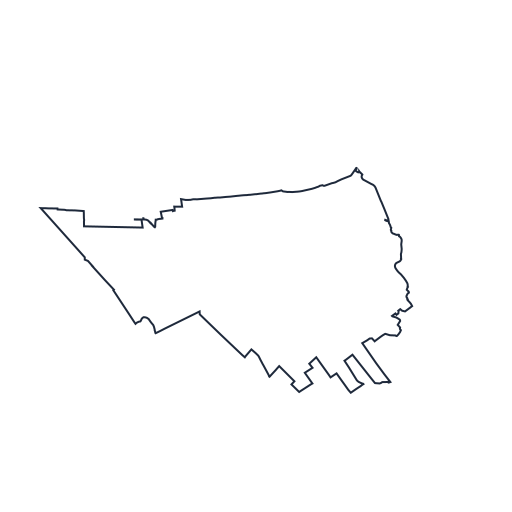 the district of Corbu, Constanta, Romania, rotated 226°
{"feature_id": "2599482B13126343375906", "entity_name": "Corbu", "entity_type": "district", "adm_level": 2, "iso_a3": "ROU", "parent_name": "Romania", "parent_adm1": "Constanta", "projection": "robinson", "projection_center": [28.674, 44.419], "detail": "fine", "context": "isolated", "style": "outline", "palette": "slate", "viewbox_px": 512, "rotation_deg": 226, "n_neighbors": 0, "source": "geoboundaries", "source_scale": "gbopen_adm2", "svg_char_len": 5978}
<svg xmlns="http://www.w3.org/2000/svg" viewBox="0 0 512 512"><g transform="rotate(226 256 256)"><path d="M95.6,229.4L91.8,229.2L90.7,235.9L89.7,241.1L89.5,243.5L89.0,244.6L88.9,245.0L89.2,244.6L89.9,244.1L92.2,243.1L94.1,242.4L95.5,242.2L96.0,242.2L96.6,242.2L110.8,245.3L110.7,245.3L119.2,246.9L118.9,248.6L118.4,252.9L118.0,256.7L118.0,256.8L117.8,256.8L90.5,254.1L82.0,253.3L81.8,253.4L78.4,256.4L77.8,257.9L77.6,259.2L76.6,260.3L76.4,260.5L75.0,262.0L74.6,262.5L73.9,263.0L73.8,263.6L72.8,263.5L72.5,264.0L72.0,265.1L82.1,266.2L95.6,268.0L119.5,271.9L118.2,277.1L118.0,278.3L117.7,280.4L116.2,282.2L112.2,282.1L112.2,282.5L111.3,289.7L110.9,292.2L110.3,294.7L110.1,295.0L106.1,297.2L104.8,298.4L102.2,300.9L102.0,301.1L101.1,301.3L100.9,301.5L100.7,301.6L100.6,301.9L100.7,304.1L101.2,306.8L102.0,308.7L103.0,308.7L103.7,309.0L104.2,309.5L104.5,310.0L108.0,310.1L109.1,314.5L109.6,314.9L110.3,315.2L113.0,314.6L114.7,314.0L117.8,312.2L118.4,312.2L117.8,316.4L116.1,316.2L115.8,318.5L117.2,320.2L117.8,320.3L117.6,322.8L115.1,323.1L112.6,324.7L111.5,333.5L113.9,334.2L114.7,334.3L116.2,334.4L118.5,334.4L119.3,334.5L119.3,335.0L119.6,335.1L120.0,335.2L120.4,335.3L120.8,335.4L120.9,335.6L121.4,335.6L122.0,335.8L122.4,336.2L122.6,336.3L122.8,336.7L123.5,338.6L123.6,339.6L123.4,340.1L123.4,340.4L123.6,340.7L124.1,341.0L124.7,341.1L125.0,341.1L125.5,341.0L127.0,341.0L127.4,341.7L127.9,342.7L128.2,343.8L128.7,343.8L129.3,344.6L129.9,345.1L130.8,345.7L131.5,346.0L133.9,346.6L137.6,347.2L140.7,347.4L141.9,347.5L144.8,347.3L145.3,347.3L145.7,347.3L147.3,347.4L149.8,347.8L150.6,348.0L151.1,348.2L151.6,348.5L152.1,348.8L152.5,349.2L152.8,349.6L153.1,350.1L153.3,350.6L153.4,351.2L153.5,351.6L153.4,352.1L153.3,352.7L152.9,353.9L152.4,355.4L152.3,356.2L152.4,357.0L152.9,358.4L153.5,358.5L153.8,358.9L154.2,359.4L156.3,361.2L156.8,361.7L157.7,363.2L158.8,364.5L159.4,365.2L160.0,365.8L163.2,368.3L163.7,368.8L165.5,371.1L166.1,371.7L166.6,372.1L167.4,372.5L168.1,372.7L169.5,372.9L170.4,372.8L170.8,372.6L171.8,373.4L172.4,373.0L172.5,373.1L172.7,372.9L173.4,371.9L173.8,371.7L174.1,371.5L174.8,371.2L175.4,370.9L175.8,370.8L176.5,370.4L177.1,370.1L177.8,370.0L178.8,370.0L179.2,370.1L179.4,370.2L179.8,370.8L179.5,371.1L180.0,370.7L180.3,371.0L180.9,371.0L181.3,371.3L182.0,372.4L182.3,372.9L183.4,373.0L184.0,373.4L185.0,373.9L186.3,374.3L187.1,374.4L188.6,375.5L190.6,374.3L191.3,374.0L192.0,373.8L192.2,374.1L191.5,374.4L189.3,375.9L190.8,377.0L193.8,378.2L200.7,381.0L207.8,383.8L208.9,384.1L222.0,389.4L222.3,389.5L222.7,389.6L223.7,389.8L224.2,389.8L224.6,389.8L225.6,389.7L226.4,389.5L227.6,389.0L234.9,386.7L236.3,386.2L237.0,386.2L237.8,386.2L238.5,386.4L239.2,386.7L239.7,387.1L240.1,387.6L240.5,388.3L240.6,388.9L240.7,389.1L241.7,389.1L242.8,389.0L243.3,389.1L244.1,389.0L244.2,388.9L245.3,389.1L245.1,388.9L244.6,388.7L244.6,388.4L244.6,388.2L244.9,387.9L245.2,387.6L246.1,387.3L246.8,387.1L247.2,387.0L247.5,387.0L247.9,386.9L248.2,386.9L248.5,387.4L248.6,387.7L248.8,388.0L248.8,388.4L248.9,388.6L248.8,389.0L249.1,389.3L249.3,389.5L249.5,389.5L249.7,389.2L249.3,387.5L248.8,385.0L248.7,384.4L248.6,384.2L248.0,380.8L248.0,379.8L251.8,370.7L253.1,366.9L253.8,364.4L254.8,362.5L255.7,361.1L258.6,354.7L258.9,354.1L259.3,353.6L259.8,353.3L260.7,353.0L261.6,351.6L262.2,350.6L262.3,349.9L262.6,348.9L263.4,347.3L264.0,345.8L265.6,342.7L268.9,337.3L270.7,334.3L272.0,332.4L273.8,330.1L274.5,329.3L276.8,326.5L278.5,324.9L279.7,323.7L280.4,322.9L281.0,322.5L283.5,320.5L284.0,320.2L285.0,320.0L285.4,319.9L285.7,319.8L286.0,319.0L286.8,317.7L287.7,316.3L290.2,312.7L291.5,310.8L293.1,308.6L294.3,306.9L296.0,304.8L296.7,303.8L297.8,302.5L299.2,300.6L300.3,299.1L301.3,298.0L302.5,296.4L304.4,293.9L304.7,293.7L306.2,291.7L307.9,289.8L309.7,287.6L311.0,285.9L312.3,284.3L316.6,278.7L319.3,275.5L323.0,270.8L324.7,269.0L326.0,267.4L326.5,266.9L329.0,263.5L331.8,260.2L337.7,253.0L340.4,250.3L341.9,247.9L343.6,246.0L345.1,244.4L349.0,241.6L346.9,240.1L342.8,237.1L348.3,231.5L346.4,230.1L346.1,229.6L345.5,229.4L345.1,228.9L345.3,228.7L345.7,228.2L346.0,227.4L347.2,227.8L354.0,218.2L348.3,214.6L348.1,214.9L347.9,214.7L349.0,213.2L349.7,212.4L350.8,210.7L350.9,210.4L350.9,210.1L351.8,209.1L350.8,208.0L350.5,207.5L350.1,207.0L349.9,206.8L349.4,206.2L346.9,203.6L346.7,203.5L346.2,203.5L347.1,203.1L348.3,203.0L349.9,203.1L351.8,203.2L351.6,203.0L352.9,202.9L354.4,203.0L355.8,203.0L356.0,203.1L356.3,203.0L356.6,203.0L357.2,202.8L358.3,202.3L359.2,201.6L360.2,200.7L361.3,201.3L361.4,201.2L360.4,200.5L361.5,199.3L365.3,195.5L366.3,194.5L366.5,194.3L366.4,194.2L365.1,195.4L361.7,198.9L355.2,194.2L396.8,152.9L400.3,156.2L400.6,156.5L400.9,156.9L401.3,157.4L401.7,157.7L402.3,158.1L403.1,158.8L404.6,160.2L406.3,161.8L408.0,163.3L414.7,157.3L420.5,151.5L422.1,150.5L427.3,145.6L428.1,146.2L434.1,140.1L437.2,137.2L438.8,135.5L440.0,134.4L374.0,131.9L372.3,130.3L369.2,131.7L362.2,131.4L362.3,131.2L344.0,130.6L330.6,130.4L330.7,129.9L330.6,129.6L302.2,124.3L292.9,122.5L290.9,122.2L290.9,123.1L290.8,124.1L290.5,125.0L290.0,126.3L289.3,127.3L289.4,128.1L290.2,130.1L290.3,131.5L290.0,132.7L289.2,133.4L288.4,134.0L287.2,134.6L286.6,134.7L285.2,135.0L282.3,134.5L280.5,134.3L279.3,134.2L278.8,134.2L277.6,134.1L275.5,133.2L274.4,132.5L273.7,132.2L273.1,131.6L271.8,131.0L271.3,130.6L270.3,130.1L270.2,130.1L269.9,131.0L268.6,135.0L267.2,139.7L265.7,144.4L256.4,173.4L255.9,175.0L255.3,176.9L253.1,175.0L223.8,176.0L203.3,176.9L201.1,177.0L194.4,177.3L190.9,177.6L191.0,178.0L191.2,179.2L192.0,187.8L186.2,188.3L182.7,188.4L181.1,188.0L178.0,187.0L176.2,186.5L173.5,185.7L172.2,185.4L161.5,182.4L160.5,181.9L159.8,181.8L159.7,182.5L159.8,182.8L160.3,191.6L160.4,192.3L160.7,196.2L139.2,196.6L139.0,192.3L128.2,192.6L127.9,194.3L125.8,205.0L125.4,207.0L125.1,208.0L138.1,210.0L136.3,219.0L141.5,219.5L141.4,224.6L141.3,229.0L129.2,227.2L119.7,225.8L116.9,225.3L115.6,232.4L107.1,231.1L101.5,230.3L95.6,229.4Z" fill="none" stroke="#1e293b" stroke-width="2"/></g></svg>